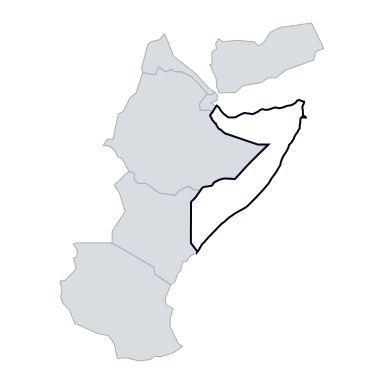 Somalia highlighted among its neighbors
{"feature_id": "SOM", "entity_name": "Somalia", "entity_type": "country or territory", "adm_level": 0, "iso_a3": "SOM", "parent_name": "Africa", "parent_adm1": "", "projection": "albers", "projection_center": [45.827, 5.144], "detail": "fine", "context": "with_neighbors", "style": "outline", "palette": "ink", "viewbox_px": 384, "rotation_deg": 0, "n_neighbors": 6, "source": "natural_earth", "source_scale": "50m", "svg_char_len": 4777}
<svg xmlns="http://www.w3.org/2000/svg" viewBox="0 0 384 384"><path d="M112.1,242.9L154.0,267.3L154.7,273.7L170.7,284.9L165.3,298.4L165.9,304.6L173.1,308.6L170.2,318.0L170.0,326.5L178.5,344.0L182.6,346.4L173.6,352.6L161.1,356.6L154.4,356.3L150.3,359.5L139.4,361.0L125.9,357.7L117.3,358.5L114.4,343.8L108.5,335.7L97.5,333.5L74.9,323.3L69.2,309.5L62.8,303.2L60.7,296.8L62.0,291.1L60.2,281.0L64.9,280.6L76.3,268.8L73.4,258.3L76.7,257.0L77.5,250.5L73.2,244.1L77.1,242.9L112.1,242.9Z" fill="#d9dde1" stroke="#a8b0b8" stroke-width="1"/><path d="M170.7,284.9L154.7,273.7L154.0,267.3L112.1,242.9L112.2,231.2L125.2,211.4L119.4,192.9L114.2,185.1L128.8,171.3L134.5,173.3L134.4,179.6L138.1,183.3L145.8,183.4L159.6,193.1L175.5,195.2L178.8,190.6L189.0,186.0L193.4,189.8L201.0,189.9L191.2,202.4L191.0,242.9L197.6,252.1L189.7,256.5L186.9,261.1L182.7,261.9L181.1,269.6L177.5,274.0L175.2,281.3L170.7,284.9Z" fill="#d9dde1" stroke="#a8b0b8" stroke-width="1"/><path d="M142.7,72.6L141.6,68.2L147.7,44.9L151.1,41.6L159.1,39.9L164.7,33.8L173.7,56.5L194.3,72.4L209.6,88.9L214.9,92.3L211.6,95.0L207.0,94.0L191.2,76.5L181.8,72.0L174.4,71.8L171.8,69.5L165.4,72.0L158.8,66.9L155.3,75.1L142.7,72.6Z" fill="#d9dde1" stroke="#a8b0b8" stroke-width="1"/><path d="M311.5,23.0L323.8,48.5L316.0,51.5L313.7,60.1L285.6,70.1L275.9,77.9L267.9,77.9L261.5,82.5L242.7,85.8L235.8,92.3L219.3,93.0L216.5,86.5L216.8,80.5L209.9,64.6L212.1,64.0L211.8,52.1L216.6,48.7L215.5,44.1L218.4,38.7L222.8,41.6L238.3,40.4L254.9,42.0L257.6,45.6L262.6,43.8L270.4,32.3L280.4,27.4L311.5,23.0Z" fill="#d9dde1" stroke="#a8b0b8" stroke-width="1"/><path d="M266.4,144.4L235.4,177.9L221.0,178.4L211.1,186.2L204.0,186.4L201.0,189.9L193.4,189.8L189.0,186.0L178.8,190.6L175.5,195.2L159.6,193.1L145.8,183.4L138.1,183.3L134.4,179.6L134.5,173.3L128.8,171.3L122.5,159.1L117.5,156.4L115.6,151.9L110.2,146.4L103.4,145.5L107.3,139.2L113.1,139.1L118.3,114.1L123.6,111.1L129.6,98.2L136.2,92.8L142.7,72.6L155.3,75.1L158.8,66.9L165.4,72.0L171.8,69.5L174.4,71.8L181.8,72.0L191.2,76.5L198.8,83.9L207.0,94.0L199.4,104.0L200.4,110.4L209.1,109.9L211.5,111.9L209.1,115.8L221.3,131.3L257.2,144.5L266.4,144.4Z" fill="#d9dde1" stroke="#a8b0b8" stroke-width="1"/><path d="M207.0,94.0L211.6,95.0L214.9,92.3L217.5,95.7L217.1,100.3L210.9,102.9L215.6,106.0L211.5,111.9L209.1,109.9L200.4,110.4L199.4,104.0L207.0,94.0Z" fill="#d9dde1" stroke="#a8b0b8" stroke-width="1"/><path d="M197.0,251.3L196.9,250.9L195.8,249.5L193.9,247.0L192.4,245.0L190.9,243.1L190.9,241.5L190.9,236.8L190.9,227.5L191.0,218.1L191.0,208.7L191.0,204.0L191.0,202.1L191.2,201.8L192.9,200.1L195.2,197.8L198.3,193.5L199.9,191.2L201.3,189.2L201.6,188.6L202.9,187.4L205.1,186.7L206.5,186.6L211.3,185.8L212.1,185.4L212.5,185.0L212.9,184.1L213.8,182.7L215.0,181.8L217.4,180.7L219.6,179.7L220.1,179.5L222.8,178.9L223.5,178.7L224.6,178.5L225.0,178.5L228.8,178.7L231.7,178.9L234.8,179.1L235.1,178.9L237.2,176.6L240.6,172.9L242.7,170.5L246.1,166.8L248.6,164.2L251.4,161.2L254.2,158.6L257.5,155.3L259.5,153.3L262.8,150.2L265.8,147.2L268.5,144.5L264.8,144.5L261.1,144.5L257.5,144.5L256.9,144.2L253.9,143.2L250.0,141.9L245.3,140.3L241.9,139.1L238.3,137.9L234.6,136.7L231.8,135.7L228.2,134.5L225.1,133.5L224.7,133.2L222.9,131.7L220.7,129.6L220.3,129.5L219.2,129.1L218.2,128.0L217.2,126.5L216.3,124.8L215.9,123.5L214.7,123.0L214.1,122.0L213.0,120.6L212.2,119.9L211.9,119.3L211.6,118.1L210.9,116.7L210.3,115.9L210.2,115.5L210.2,115.3L211.4,113.4L211.9,112.8L212.5,112.2L212.9,111.5L213.1,111.1L214.5,108.9L215.7,107.0L216.7,105.6L218.8,107.3L220.9,110.7L223.3,113.5L226.6,116.1L227.9,117.0L229.1,117.5L235.2,117.4L239.5,115.0L243.4,113.3L244.8,113.0L247.0,113.4L249.6,113.6L251.8,114.1L253.0,114.0L257.4,112.0L260.2,110.0L262.1,109.2L262.9,109.2L265.5,109.9L268.8,109.6L273.4,107.9L274.9,107.5L276.0,107.5L278.5,108.2L278.9,108.2L280.2,108.1L283.8,107.2L286.6,106.0L291.7,105.1L295.5,102.9L296.2,101.8L297.4,100.5L299.1,100.0L303.5,101.6L304.1,101.7L303.9,102.6L303.8,103.6L302.9,105.3L302.3,107.2L302.8,110.1L303.0,114.7L302.9,115.4L302.6,116.1L302.5,116.6L302.0,116.8L301.8,117.1L302.2,117.2L303.5,116.7L303.5,116.1L303.6,115.9L304.7,116.5L305.5,116.7L305.8,117.3L305.7,117.7L304.4,117.5L303.8,117.2L301.9,117.7L300.7,118.3L300.4,119.2L300.2,122.9L299.7,125.3L299.7,128.4L298.1,130.5L297.6,132.0L295.4,134.9L294.2,137.4L293.8,138.7L291.8,142.1L289.1,144.8L288.1,148.2L287.1,150.3L286.0,152.2L283.6,155.6L282.4,158.0L280.8,162.2L280.4,164.8L276.0,172.4L271.5,178.4L268.6,183.5L263.5,189.4L256.5,197.0L247.4,206.1L244.9,207.9L234.8,213.5L228.3,218.1L225.0,221.3L221.4,224.0L218.7,226.7L210.2,235.5L209.4,236.3L208.5,237.1L207.5,238.6L206.7,239.2L204.7,241.7L203.4,243.0L202.0,244.3L201.4,245.2L201.0,246.2L200.5,246.8L199.2,249.3L198.1,251.0L197.0,252.3L197.0,251.3Z" fill="none" stroke="#020617" stroke-width="2"/></svg>